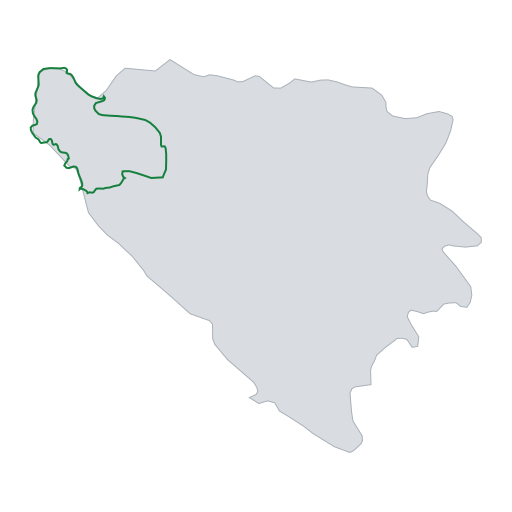 location of Una-Sana within Bosnia and Herzegovina
{"feature_id": "BIH-2225", "entity_name": "Una-Sana", "entity_type": "Canton", "adm_level": 1, "iso_a3": "BIH", "parent_name": "Bosnia and Herzegovina", "parent_adm1": "", "projection": "robinson", "projection_center": [16.171, 44.785], "detail": "fine", "context": "in_parent", "style": "outline", "palette": "green", "viewbox_px": 512, "rotation_deg": 0, "n_neighbors": 0, "source": "natural_earth", "source_scale": "10m", "svg_char_len": 3663}
<svg xmlns="http://www.w3.org/2000/svg" viewBox="0 0 512 512"><path d="M452.1,116.4L453.1,119.6L450.6,130.9L445.9,143.0L438.1,155.7L429.9,167.6L427.8,173.9L427.3,183.9L426.4,191.8L427.6,196.1L430.4,200.1L439.7,203.3L452.3,211.2L463.1,221.5L476.9,233.3L481.2,237.6L481.3,242.3L477.3,245.8L465.7,247.1L453.5,246.0L448.9,244.9L444.5,246.3L441.9,248.9L443.4,252.1L456.0,266.4L470.8,286.8L471.8,295.6L470.1,302.5L466.8,307.3L460.8,306.5L456.1,302.7L449.2,303.0L443.8,304.1L436.8,311.4L433.3,311.1L427.3,312.3L423.5,313.7L417.4,311.6L411.1,310.1L408.4,312.4L407.2,316.7L411.2,324.6L418.8,336.9L417.7,346.3L412.1,347.3L406.9,339.5L402.3,338.2L397.1,338.5L385.2,347.6L376.6,355.2L374.6,360.6L371.5,366.4L370.6,370.6L371.0,384.6L355.1,386.9L351.8,388.9L350.0,393.2L351.5,411.2L352.9,420.9L362.1,435.8L362.5,440.5L361.2,443.6L354.8,449.6L351.8,451.7L349.7,452.4L339.1,448.5L334.1,446.6L312.8,433.4L303.4,426.1L288.6,416.5L279.5,411.1L274.8,402.8L267.5,400.9L259.0,403.5L249.3,397.6L256.1,394.5L257.8,391.5L256.9,387.7L253.9,382.5L227.7,359.8L214.8,344.4L212.7,338.9L212.5,324.1L209.4,320.6L190.3,313.9L168.9,294.7L146.8,275.9L143.8,270.7L132.4,256.5L118.6,243.5L107.6,235.3L98.5,225.9L88.5,212.7L83.4,192.9L78.8,175.3L75.7,168.5L69.3,166.1L49.7,145.2L33.1,133.0L33.3,119.9L36.0,98.1L39.2,73.6L43.2,70.2L50.8,68.3L59.5,69.0L67.0,72.0L81.9,88.8L90.5,95.3L97.7,97.9L106.0,90.8L116.2,76.0L125.1,68.2L155.3,71.0L170.0,59.6L194.0,74.6L203.9,76.8L209.4,74.8L217.0,75.7L233.8,80.1L237.7,81.9L242.8,81.6L255.2,75.8L259.4,76.5L273.7,88.0L280.8,88.1L289.4,83.2L294.9,78.9L311.2,82.1L320.6,80.1L328.3,79.9L336.8,81.9L344.5,84.6L352.0,86.9L372.2,88.1L381.9,95.3L385.9,102.4L386.0,106.8L387.0,111.5L392.7,116.0L404.9,118.6L412.5,118.1L416.5,117.8L426.9,113.7L439.0,111.5L447.9,114.0L452.1,116.4Z" fill="#d9dde1" stroke="#a8b0b8" stroke-width="1"/><path d="M100.3,99.0L103.2,98.3L103.8,96.3L104.2,96.8L104.9,97.8L104.8,98.9L104.1,100.3L101.5,101.4L96.0,103.0L94.2,105.7L94.2,108.2L95.3,110.5L98.7,114.0L102.3,115.1L110.0,115.7L118.1,116.1L121.7,116.5L128.5,116.9L134.8,117.7L139.2,118.6L145.3,120.0L150.1,122.7L155.3,127.3L159.8,132.9L161.0,136.6L161.0,142.4L161.0,144.9L161.6,146.5L164.6,146.3L165.6,148.0L166.2,154.0L166.2,161.2L166.0,169.5L164.9,172.0L163.7,174.9L162.7,177.4L157.7,177.6L151.3,178.0L144.6,175.7L136.4,173.0L129.5,171.2L125.0,171.2L122.6,171.4L122.2,174.3L123.2,176.8L124.8,178.0L123.8,178.5L121.2,182.9L119.4,185.0L113.7,186.2L109.8,187.5L105.8,187.9L103.2,188.7L99.1,188.5L96.3,188.7L94.6,190.8L93.8,192.1L92.4,192.7L89.5,192.3L88.2,192.8L87.5,193.1L87.2,191.8L86.0,190.7L83.5,189.3L81.4,188.8L80.1,188.8L79.7,189.2L79.8,188.1L80.5,187.5L81.5,186.9L82.2,185.9L82.2,183.7L81.4,180.9L78.5,173.8L77.9,170.9L77.2,168.4L75.8,166.8L73.4,166.5L69.1,168.1L66.7,167.9L64.3,165.6L65.3,163.3L67.2,161.1L67.7,159.1L68.7,158.7L68.8,158.6L68.4,156.6L67.8,154.8L66.9,153.5L65.5,152.8L62.7,152.5L61.2,152.1L60.0,151.4L58.5,149.3L57.6,145.7L56.4,144.2L55.5,144.1L54.5,144.6L53.6,144.8L52.7,144.0L52.3,142.7L52.0,141.2L51.5,139.9L50.7,139.0L49.3,139.0L48.5,139.9L47.9,141.1L47.0,142.0L46.0,142.3L43.9,142.5L42.8,142.8L41.1,143.0L40.1,142.1L39.3,140.6L38.4,139.3L35.7,137.6L35.1,136.9L32.1,132.6L30.9,130.0L30.7,127.6L32.4,125.6L34.8,125.0L36.8,124.1L37.4,121.6L36.3,118.8L34.4,116.2L32.9,113.3L32.5,109.7L32.9,108.6L33.4,107.1L36.3,102.7L36.7,100.1L35.4,95.8L35.4,93.1L38.1,86.9L38.7,84.7L38.2,76.2L38.3,75.1L39.7,72.0L40.9,71.1L43.4,69.0L49.7,68.1L60.8,68.4L63.4,67.9L64.7,68.0L66.1,68.6L67.1,69.8L67.0,71.1L66.6,72.1L66.5,72.8L67.5,73.5L70.1,73.9L71.5,74.9L73.3,77.5L75.8,83.1L77.8,85.4L88.4,94.6L91.6,96.4L96.1,98.1L100.3,99.0Z" fill="none" stroke="#15803d" stroke-width="2"/></svg>